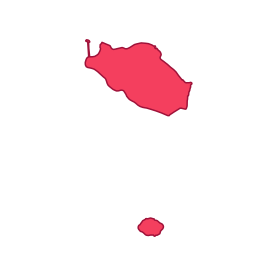 the district of Ly Son, Vietnam, rotated 209°
{"feature_id": "81297802B63810165613250", "entity_name": "Ly Son", "entity_type": "district", "adm_level": 2, "iso_a3": "VNM", "parent_name": "Vietnam", "parent_adm1": "", "projection": "natural_earth1", "projection_center": [109.112, 15.401], "detail": "fine", "context": "isolated", "style": "filled", "palette": "rose", "viewbox_px": 256, "rotation_deg": 209, "n_neighbors": 0, "source": "geoboundaries", "source_scale": "gbopen_adm2", "svg_char_len": 3247}
<svg xmlns="http://www.w3.org/2000/svg" viewBox="0 0 256 256"><g transform="rotate(209 128 128)"><path d="M133.6,153.5L130.4,152.8L127.9,152.7L125.1,153.2L123.0,153.9L121.4,154.5L117.3,155.4L111.9,156.5L106.2,157.4L99.3,158.1L98.5,158.5L98.1,158.7L97.9,159.4L97.8,159.9L97.6,160.5L97.0,161.4L95.8,163.8L92.4,169.9L92.1,170.5L91.6,170.8L91.1,171.1L87.3,172.2L86.7,172.5L86.4,173.1L86.6,174.1L86.9,175.6L87.4,176.7L88.0,177.8L89.4,180.5L89.8,181.8L90.3,182.9L91.3,184.8L91.2,185.1L90.9,185.4L91.0,186.4L91.4,187.1L91.8,188.1L92.1,188.9L92.2,190.7L92.7,192.1L93.0,193.6L93.1,194.3L93.6,195.0L94.0,196.0L94.0,196.3L93.6,197.1L93.6,197.5L93.7,197.9L94.1,198.3L94.7,198.4L95.3,198.3L95.9,197.7L96.7,197.1L98.3,196.2L99.2,195.7L99.8,195.6L100.7,195.7L101.5,196.0L103.5,196.7L103.8,196.3L104.1,196.3L109.3,198.4L113.2,200.3L116.4,201.2L120.3,201.8L124.5,202.8L126.0,203.0L129.0,203.5L131.7,203.8L132.8,204.0L133.6,204.6L134.1,205.2L134.3,206.1L134.4,207.6L134.8,208.6L136.3,209.9L137.6,210.5L138.9,210.6L139.7,210.9L140.3,211.2L141.2,211.6L141.7,211.6L141.7,211.2L142.1,210.9L142.6,210.9L143.3,211.0L143.6,211.3L143.5,211.7L143.4,212.2L143.4,212.5L143.5,212.6L144.1,212.9L144.4,212.7L145.1,212.2L145.5,212.0L146.1,212.2L147.5,212.2L151.0,211.7L153.3,210.8L157.5,208.9L158.3,208.3L161.2,205.7L162.8,204.1L165.5,199.2L166.5,197.8L167.0,197.1L167.7,196.6L168.8,196.0L169.4,195.9L169.9,195.9L170.4,195.9L171.9,195.6L172.3,195.4L176.2,191.9L176.8,191.3L177.6,190.6L178.8,189.7L179.6,189.5L180.2,189.5L181.8,190.0L183.1,191.0L183.7,191.2L184.4,191.2L188.7,190.7L189.9,190.6L192.2,190.3L192.3,190.1L192.1,189.7L192.1,189.3L192.7,187.5L192.6,187.2L191.6,185.0L191.2,184.8L190.8,184.5L190.5,184.0L190.2,183.2L190.0,182.6L189.8,180.4L189.8,178.9L189.9,178.2L190.3,177.1L191.7,174.6L193.6,173.1L195.6,171.9L196.1,171.7L200.9,178.7L203.9,183.7L203.7,183.9L203.4,184.3L203.2,184.6L203.3,184.9L203.5,185.1L204.2,185.5L205.1,185.6L206.7,185.2L207.1,184.9L207.2,184.5L207.3,184.0L207.1,183.7L206.8,183.5L206.1,183.6L205.3,183.7L204.8,183.5L196.9,171.2L197.5,170.4L197.9,169.1L197.8,167.5L197.2,164.7L196.4,163.3L195.8,162.5L195.3,162.1L194.2,161.4L192.6,161.4L191.1,161.9L189.8,162.3L188.6,162.6L186.7,163.0L185.1,163.0L181.9,162.6L178.2,161.7L174.5,160.8L172.2,160.4L171.1,159.9L169.6,158.6L167.8,156.9L166.2,155.8L164.4,155.3L161.6,154.8L159.6,154.5L158.4,154.6L156.9,154.7L155.7,155.0L154.2,156.0L153.3,156.9L152.4,157.8L150.8,158.4L149.8,158.4L148.2,157.6L145.9,156.3L144.6,155.2L142.7,154.4L141.1,153.8L139.7,153.6L137.1,153.6L135.5,153.7L133.6,153.5ZM63.9,43.9L61.3,43.2L60.2,43.1L59.2,43.4L58.0,43.9L56.4,45.3L55.5,45.8L53.7,46.7L53.0,46.2L52.4,46.2L52.0,46.5L51.7,47.2L51.7,47.6L50.4,48.5L49.0,50.8L49.0,51.4L49.1,51.9L49.4,53.0L49.5,53.6L49.4,54.3L48.7,56.8L48.8,57.5L48.9,58.3L49.1,58.8L49.5,59.3L50.0,59.8L50.7,60.2L51.5,60.5L53.4,60.5L54.0,60.4L54.8,60.5L55.8,60.8L57.5,61.1L58.6,60.9L60.0,60.4L60.4,60.5L60.8,60.8L61.0,61.1L63.0,60.6L64.3,60.3L64.9,60.0L66.4,58.5L67.4,57.8L68.2,57.6L68.5,57.3L68.6,56.7L68.7,56.3L69.5,55.1L70.0,54.3L70.2,53.9L70.3,52.6L70.4,51.8L70.6,50.4L70.6,49.3L71.0,48.7L71.3,48.1L71.3,47.2L71.1,46.3L70.5,45.3L69.6,44.6L67.3,43.7L66.4,43.7L65.8,43.9L65.2,44.0L63.9,43.9Z" fill="#f43f5e" stroke="#9f1239" stroke-width="1.5"/></g></svg>